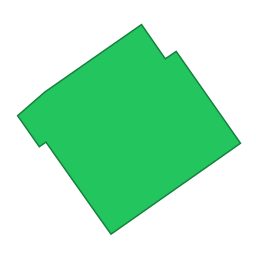 outline of Dallas, Iowa, United States of America, rotated 145°
{"feature_id": "52423323B12801539199166", "entity_name": "Dallas", "entity_type": "district", "adm_level": 2, "iso_a3": "USA", "parent_name": "United States of America", "parent_adm1": "Iowa", "projection": "natural_earth1", "projection_center": [-93.981, 41.683], "detail": "fine", "context": "isolated", "style": "filled", "palette": "green", "viewbox_px": 256, "rotation_deg": 145, "n_neighbors": 0, "source": "geoboundaries", "source_scale": "gbopen_adm2", "svg_char_len": 363}
<svg xmlns="http://www.w3.org/2000/svg" viewBox="0 0 256 256"><g transform="rotate(145 128 128)"><path d="M44.6,51.0L44.6,163.1L57.8,163.3L57.6,205.0L175.2,205.2L211.4,201.4L211.4,192.2L211.4,170.4L211.4,163.5L203.3,163.5L203.3,157.3L203.3,149.5L203.0,76.2L202.8,50.8L123.7,50.9L84.1,50.9L44.6,51.0Z" fill="#22c55e" stroke="#15803d" stroke-width="1.5"/></g></svg>